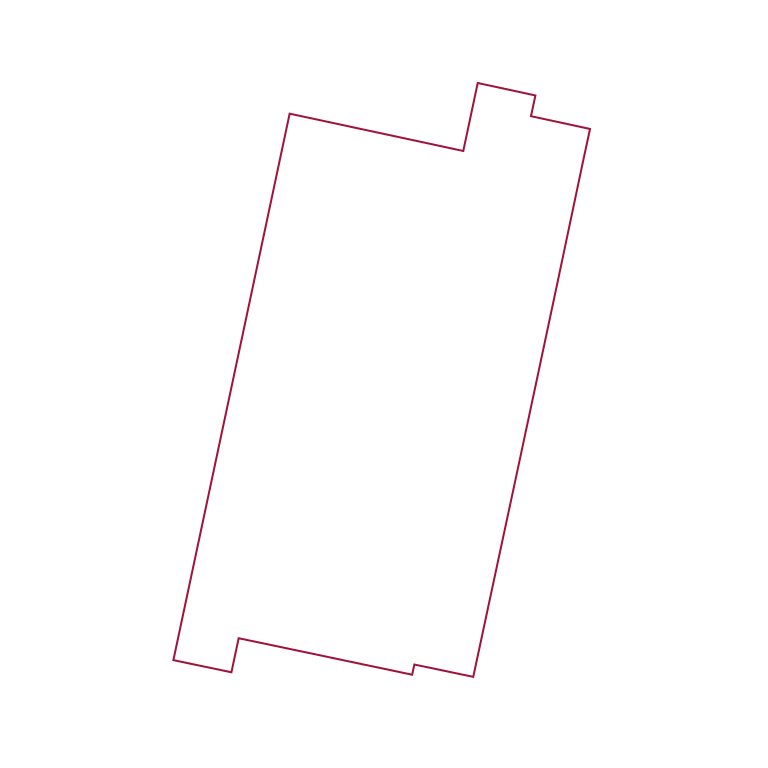 the district of Daniels, Montana, United States of America, rotated 102°
{"feature_id": "52423323B93152505552387", "entity_name": "Daniels", "entity_type": "district", "adm_level": 2, "iso_a3": "USA", "parent_name": "United States of America", "parent_adm1": "Montana", "projection": "equal_earth", "projection_center": [-105.604, 48.781], "detail": "fine", "context": "isolated", "style": "outline", "palette": "rose", "viewbox_px": 768, "rotation_deg": 102, "n_neighbors": 0, "source": "geoboundaries", "source_scale": "gbopen_adm2", "svg_char_len": 390}
<svg xmlns="http://www.w3.org/2000/svg" viewBox="0 0 768 768"><g transform="rotate(102 384 384)"><path d="M254.8,532.5L697.9,532.6L697.7,473.3L662.9,473.3L662.5,296.0L652.1,296.0L651.9,235.8L559.8,235.7L458.7,235.5L345.9,235.4L247.9,235.4L124.5,235.6L91.7,235.5L91.5,295.9L70.3,295.9L70.1,354.9L139.6,354.9L139.2,532.5L254.8,532.5Z" fill="none" stroke="#9f1239" stroke-width="2"/></g></svg>